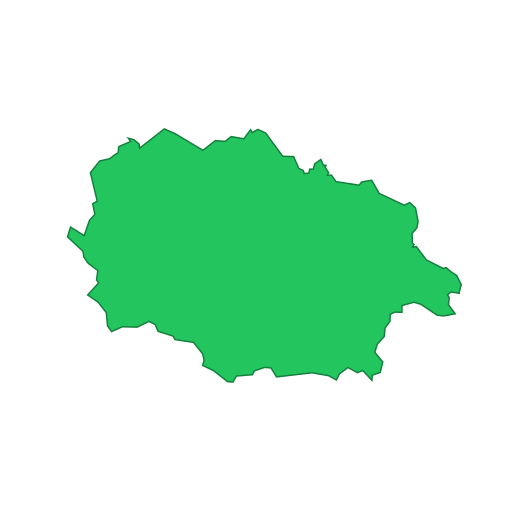 Chashka, Čaška, North Macedonia, rotated 331°
{"feature_id": "65306769B55292490733903", "entity_name": "Chashka", "entity_type": "district", "adm_level": 2, "iso_a3": "MKD", "parent_name": "North Macedonia", "parent_adm1": "Čaška", "projection": "albers", "projection_center": [21.618, 41.602], "detail": "fine", "context": "isolated", "style": "filled", "palette": "green", "viewbox_px": 512, "rotation_deg": 331, "n_neighbors": 0, "source": "geoboundaries", "source_scale": "gbopen_adm2", "svg_char_len": 1707}
<svg xmlns="http://www.w3.org/2000/svg" viewBox="0 0 512 512"><g transform="rotate(331 256 256)"><path d="M244.7,110.0L237.4,100.4L206.4,105.3L208.0,101.5L205.7,95.2L201.4,91.1L201.9,95.1L189.0,93.8L185.4,98.9L181.4,99.0L175.2,100.0L165.3,97.1L151.6,102.8L143.7,131.1L138.6,131.0L135.2,141.5L127.7,144.0L115.6,154.9L107.8,140.8L100.4,147.9L107.0,168.1L104.9,173.3L105.7,181.1L110.6,192.0L104.9,199.7L105.5,203.2L89.9,208.5L95.5,219.8L97.6,233.0L92.3,245.1L93.0,252.1L104.8,253.1L117.6,260.6L130.6,261.3L134.6,267.0L133.8,274.4L144.7,285.9L144.6,289.8L159.5,301.3L161.9,315.8L160.1,322.0L156.3,325.8L163.4,335.9L170.2,352.1L174.7,355.1L180.7,351.5L195.3,358.1L198.9,355.7L209.5,357.6L214.9,361.2L215.3,371.7L248.4,385.3L261.5,395.9L266.2,403.4L271.9,399.5L282.4,398.1L288.1,407.2L293.9,408.0L297.1,420.9L299.9,416.6L308.2,418.1L315.5,410.1L313.2,397.8L319.1,392.1L329.4,388.4L333.8,381.7L341.6,377.9L345.1,372.1L350.2,372.4L356.4,376.0L359.6,370.1L371.7,373.0L376.8,378.2L385.6,395.4L391.0,399.4L402.2,403.1L400.7,391.9L404.8,386.1L404.7,382.8L409.1,382.0L415.7,387.1L416.8,385.5L421.6,380.6L422.1,370.3L418.9,364.4L416.7,358.4L413.7,357.6L403.1,342.1L400.8,325.5L397.2,324.2L399.8,322.5L399.0,320.6L403.5,311.9L410.2,309.5L414.5,304.4L418.8,291.3L416.4,283.8L410.3,283.5L394.1,261.0L393.9,245.8L384.4,242.5L380.4,244.0L362.0,229.7L361.2,221.9L357.7,220.0L359.9,218.4L359.5,211.8L361.2,210.7L358.9,209.4L359.5,203.0L352.1,203.8L348.2,207.8L345.1,206.1L342.4,209.1L338.2,207.3L338.8,204.1L335.9,200.2L337.1,187.3L327.7,181.7L324.1,153.2L319.0,146.2L312.7,146.2L312.5,142.9L302.2,147.6L292.2,139.5L284.6,140.8L276.4,135.4L260.8,137.8L244.7,110.0Z" fill="#22c55e" stroke="#15803d" stroke-width="1.5"/></g></svg>